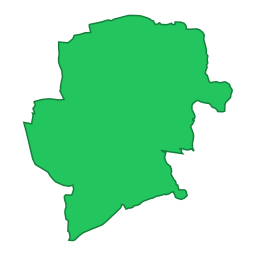 the district of Acatlán, Veracruz, Mexico
{"feature_id": "50627088B71812664206882", "entity_name": "Acatlán", "entity_type": "district", "adm_level": 2, "iso_a3": "MEX", "parent_name": "Mexico", "parent_adm1": "Veracruz", "projection": "albers", "projection_center": [-96.837, 19.689], "detail": "fine", "context": "isolated", "style": "filled", "palette": "green", "viewbox_px": 256, "rotation_deg": 0, "n_neighbors": 0, "source": "geoboundaries", "source_scale": "gbopen_adm2", "svg_char_len": 4927}
<svg xmlns="http://www.w3.org/2000/svg" viewBox="0 0 256 256"><path d="M229.4,84.4L227.0,82.7L225.2,81.9L222.7,82.2L220.3,82.9L216.4,81.7L213.2,82.1L211.3,82.7L209.3,81.9L208.3,78.6L207.1,75.2L205.4,73.8L205.7,70.7L207.1,67.5L206.5,64.8L207.6,63.5L207.6,61.7L207.2,60.1L207.8,55.8L207.6,55.5L206.3,53.6L206.3,52.8L206.4,50.4L206.2,49.0L205.9,47.6L204.5,42.3L203.7,39.2L204.0,37.0L204.3,35.0L202.7,32.3L199.6,29.8L196.9,28.9L192.9,29.1L192.1,29.1L190.3,29.2L190.1,29.3L187.8,29.2L186.5,29.2L186.0,25.7L184.2,23.4L180.9,22.2L175.1,22.0L175.0,23.4L175.0,24.3L174.5,24.4L172.3,24.7L171.6,23.2L171.3,23.3L167.8,24.5L165.6,24.7L165.3,24.7L161.3,24.4L160.4,23.8L159.8,22.9L159.2,22.8L159.0,23.0L158.6,23.7L156.8,24.3L155.1,24.1L154.2,22.8L153.5,21.0L151.3,20.3L149.7,18.9L149.3,18.7L144.8,17.1L141.9,16.2L139.9,15.8L139.7,15.7L134.6,15.5L130.2,15.4L129.4,15.4L128.1,15.6L125.1,16.3L124.1,16.6L121.4,17.3L118.8,18.0L118.5,18.1L117.9,18.2L113.6,19.3L112.4,20.3L111.2,20.7L109.1,20.1L107.6,20.1L105.3,20.7L102.8,21.6L100.7,22.1L96.3,23.1L89.4,24.5L89.3,25.1L89.3,26.1L89.5,27.5L90.1,29.5L90.7,32.5L86.8,32.7L85.1,32.8L79.6,34.5L74.2,35.4L73.0,38.7L69.7,41.4L67.8,42.8L62.0,42.3L58.9,42.0L58.7,42.0L58.7,46.6L58.7,47.3L58.9,50.5L59.0,51.0L59.2,53.8L59.2,54.2L58.8,56.7L58.6,58.0L58.6,59.9L58.6,61.9L59.2,64.0L60.1,66.6L60.3,67.1L60.5,67.5L61.8,70.7L62.2,74.3L62.4,76.9L62.5,77.4L61.6,80.6L61.0,84.1L60.6,86.0L60.6,86.3L60.5,86.7L60.5,87.7L60.5,88.2L60.5,89.4L59.9,90.9L64.1,99.4L61.3,99.8L59.4,100.0L58.1,99.8L57.9,99.8L56.4,99.6L55.3,99.5L51.9,99.1L51.2,99.0L50.3,98.9L49.2,98.9L47.1,99.0L45.1,99.2L42.9,99.4L42.7,99.4L42.4,99.5L40.5,99.9L40.3,99.9L39.4,100.2L37.8,100.6L37.4,100.7L37.0,100.8L34.1,101.6L34.3,102.8L35.3,104.3L34.5,106.8L33.6,107.4L33.0,108.7L34.8,113.5L34.0,113.6L33.4,113.4L32.5,113.1L32.9,114.3L33.2,114.9L32.9,116.5L31.6,123.8L23.8,122.4L24.3,124.2L26.4,132.2L26.8,133.6L26.8,133.8L27.5,136.8L27.9,138.5L28.4,140.4L28.6,141.3L30.0,147.6L30.2,148.1L30.8,151.1L31.1,152.0L31.3,153.1L31.7,154.7L32.0,155.7L32.2,156.7L32.8,159.0L33.2,159.9L35.3,164.4L35.9,164.8L37.7,165.9L38.7,166.5L41.0,167.9L42.1,168.5L47.8,172.0L50.3,176.0L52.3,178.4L53.0,179.2L55.5,181.8L60.2,183.9L63.7,185.4L69.1,186.2L70.0,186.0L71.6,185.5L72.8,185.1L73.4,188.0L73.7,189.4L72.9,191.8L71.7,195.1L65.6,194.9L64.3,196.5L64.7,199.9L65.7,203.1L66.2,206.7L65.3,209.2L65.2,209.3L64.9,212.8L65.6,216.8L65.9,219.1L66.5,219.5L68.3,220.6L67.9,231.3L69.3,232.3L69.8,235.6L70.1,237.7L68.8,240.2L72.8,240.6L74.0,240.2L74.9,239.8L75.1,239.7L79.1,235.8L82.0,233.5L82.9,232.8L83.1,232.7L89.1,230.2L90.7,229.5L92.6,228.7L94.7,227.9L99.8,225.8L100.0,225.7L102.8,224.4L107.0,220.7L107.9,219.9L109.7,218.2L111.6,216.4L116.1,212.2L116.7,211.6L120.5,207.9L121.5,205.7L121.6,204.6L123.6,204.8L124.8,206.9L125.4,208.0L126.0,209.1L128.6,208.1L131.1,207.9L133.1,207.1L134.1,205.7L136.1,205.5L138.5,204.8L140.2,203.7L142.8,201.4L143.4,201.2L147.1,199.8L150.3,198.6L153.4,197.9L155.3,196.7L157.0,196.1L158.9,195.9L159.1,195.8L164.2,194.4L165.0,194.2L166.0,194.7L169.2,193.8L170.8,192.5L173.2,191.8L174.2,193.7L174.7,194.7L175.5,197.2L177.1,198.2L178.5,198.6L179.0,198.8L181.3,199.4L184.5,198.0L187.2,195.5L186.6,193.7L186.5,192.9L186.4,192.1L186.3,191.9L185.7,190.8L185.5,190.5L185.0,190.1L184.5,190.0L184.3,189.9L183.8,189.9L183.5,189.9L183.2,189.9L182.7,190.1L182.4,190.0L182.0,189.9L178.8,189.7L178.3,187.3L177.9,186.0L177.7,185.0L176.3,184.8L175.6,181.5L174.1,179.6L173.8,179.3L173.3,178.4L172.4,176.8L171.2,174.3L170.8,173.4L171.7,171.6L171.4,171.1L171.3,169.9L171.5,169.2L171.0,168.3L171.0,168.2L170.7,167.7L170.6,167.2L170.6,166.8L170.3,166.2L169.8,165.9L168.7,165.0L167.7,164.2L167.2,163.7L166.6,163.0L165.7,161.2L165.2,159.7L165.0,158.7L164.4,158.2L164.8,156.6L165.2,155.2L165.9,152.3L165.3,152.5L164.9,152.2L164.2,152.2L163.5,151.5L163.4,151.0L162.7,151.3L162.2,151.2L161.8,150.6L182.7,153.7L182.0,152.9L181.3,152.0L181.2,151.3L181.7,150.5L180.4,149.1L180.0,148.6L180.5,148.6L182.9,148.7L184.3,149.4L185.8,149.6L186.8,150.0L187.2,149.7L188.2,149.6L188.3,149.8L189.6,149.5L191.5,149.0L191.4,148.8L192.0,148.7L192.8,150.3L193.6,150.7L193.8,150.5L193.5,149.5L192.8,148.4L192.5,147.4L192.5,146.0L192.4,143.6L192.8,141.2L193.4,138.3L193.5,137.2L193.6,136.1L193.5,135.5L193.5,134.8L193.1,133.3L193.1,133.2L192.4,131.3L191.6,129.2L190.6,126.1L190.9,125.8L192.1,124.7L193.5,122.1L194.2,120.3L192.7,120.1L192.9,118.7L194.4,118.5L195.0,116.8L194.6,115.3L194.4,114.6L194.2,114.1L192.8,111.2L191.9,109.3L191.9,105.5L193.2,103.4L195.5,101.5L197.4,100.2L199.1,101.0L199.5,101.2L200.5,101.7L202.5,102.3L206.2,103.1L206.9,103.2L209.1,103.4L210.8,105.0L211.2,106.0L212.3,107.2L214.0,107.8L215.5,108.4L216.5,109.5L217.3,110.3L217.6,111.5L218.8,111.6L222.7,111.8L224.8,111.0L224.8,107.6L224.9,105.0L225.6,102.6L226.6,101.6L228.2,100.0L230.5,97.6L230.9,94.4L231.0,94.2L231.9,92.1L232.2,89.8L231.3,88.6L230.6,87.5L229.4,84.4Z" fill="#22c55e" stroke="#15803d" stroke-width="1.5"/></svg>